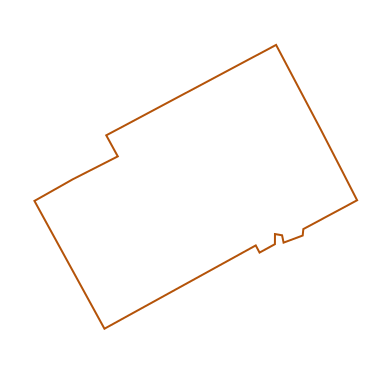 outline of Lee, Illinois, United States of America, rotated 152°
{"feature_id": "52423323B51586507670768", "entity_name": "Lee", "entity_type": "district", "adm_level": 2, "iso_a3": "USA", "parent_name": "United States of America", "parent_adm1": "Illinois", "projection": "orthographic", "projection_center": [-89.364, 41.748], "detail": "fine", "context": "isolated", "style": "outline", "palette": "amber", "viewbox_px": 384, "rotation_deg": 152, "n_neighbors": 0, "source": "geoboundaries", "source_scale": "gbopen_adm2", "svg_char_len": 389}
<svg xmlns="http://www.w3.org/2000/svg" viewBox="0 0 384 384"><g transform="rotate(152 192 192)"><path d="M50.1,107.2L49.6,139.3L49.0,186.6L48.7,282.4L241.1,282.3L240.9,264.2L240.8,258.3L291.3,259.2L335.3,258.1L333.5,112.4L160.8,114.9L160.8,106.8L143.3,107.0L138.5,115.9L132.8,111.5L134.9,104.3L114.7,101.6L111.1,107.0L50.1,107.2Z" fill="none" stroke="#b45309" stroke-width="2"/></g></svg>